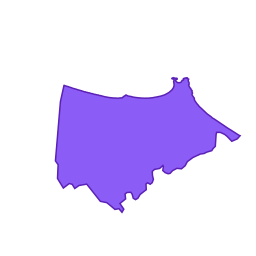 the district of La Paloma, Rocha, Uruguay, rotated 235°
{"feature_id": "84410073B66166810311387", "entity_name": "La Paloma", "entity_type": "district", "adm_level": 2, "iso_a3": "URY", "parent_name": "Uruguay", "parent_adm1": "Rocha", "projection": "robinson", "projection_center": [-54.156, -34.573], "detail": "fine", "context": "isolated", "style": "filled", "palette": "violet", "viewbox_px": 256, "rotation_deg": 235, "n_neighbors": 0, "source": "geoboundaries", "source_scale": "gbopen_adm2", "svg_char_len": 4461}
<svg xmlns="http://www.w3.org/2000/svg" viewBox="0 0 256 256"><g transform="rotate(235 128 128)"><path d="M57.4,215.4L58.5,214.7L62.7,213.0L71.2,209.4L85.9,203.8L88.0,202.8L89.4,202.6L92.2,201.6L94.3,200.9L102.6,199.2L103.7,198.9L104.3,198.8L104.8,198.7L105.3,198.6L105.8,198.7L106.3,198.7L107.1,198.5L107.7,198.5L108.4,198.4L109.2,198.4L110.3,198.4L111.1,198.4L111.9,198.4L112.7,198.6L113.4,198.7L113.9,199.1L114.4,199.4L114.7,199.4L115.1,199.4L115.7,199.4L116.2,199.4L116.7,199.4L117.3,199.4L117.8,199.4L118.5,199.6L118.9,199.8L119.3,200.1L119.3,200.4L119.4,200.7L119.6,200.9L120.1,201.0L120.3,201.0L120.6,201.0L120.9,201.1L121.2,201.3L121.3,201.6L121.5,201.8L121.8,201.9L122.1,201.9L122.3,201.9L122.7,201.7L123.0,201.7L124.1,202.0L124.4,201.9L124.6,202.0L125.0,201.8L125.4,201.9L126.0,201.9L126.5,201.9L127.0,202.0L127.5,202.1L128.1,202.2L128.3,202.5L128.6,202.6L128.6,202.9L128.9,203.3L129.4,203.5L129.7,203.7L130.1,204.0L130.5,204.1L130.9,204.2L131.4,204.2L131.9,204.3L132.2,204.5L132.5,204.7L132.8,205.0L133.0,205.4L133.2,205.7L133.7,205.4L133.9,205.3L134.3,205.4L134.6,205.3L134.8,205.1L135.0,205.3L135.3,205.2L135.6,204.6L135.4,204.5L135.3,204.2L135.5,204.0L135.8,203.9L136.1,203.6L136.2,203.4L136.3,203.2L136.3,202.9L136.3,202.6L136.5,202.2L136.7,201.9L136.7,201.7L136.4,201.4L136.2,201.3L135.9,201.3L135.7,201.3L135.6,201.2L135.6,200.9L135.6,200.7L135.7,200.2L135.9,199.9L136.0,199.7L135.8,199.3L135.5,198.7L135.2,198.1L135.2,197.3L135.4,196.5L135.9,195.7L136.3,195.2L136.7,194.8L137.2,194.5L137.9,194.3L138.5,194.2L139.1,194.2L139.4,194.2L139.7,194.4L139.8,194.4L140.0,194.6L140.0,194.8L140.1,195.1L140.0,195.5L139.9,195.7L139.8,196.1L139.8,196.3L140.0,196.5L140.4,196.6L140.6,196.6L140.9,196.3L141.3,195.8L141.5,195.4L141.7,195.2L141.9,195.0L142.2,194.8L142.4,194.6L142.6,194.5L142.5,194.4L142.5,194.2L142.8,194.0L143.0,193.9L143.2,193.7L143.3,193.5L143.3,193.4L143.4,193.2L143.5,193.1L143.5,192.9L143.5,192.7L143.5,192.4L143.4,192.3L143.1,192.3L143.0,192.5L142.7,192.6L142.4,192.8L142.4,193.0L142.2,193.3L142.0,193.5L141.9,193.6L141.5,193.5L141.1,193.3L140.7,193.1L139.9,192.0L139.6,191.9L139.4,191.8L139.2,191.7L137.4,190.8L137.2,190.7L136.4,190.1L135.7,189.3L135.1,188.5L134.6,187.5L134.3,186.5L134.1,186.2L133.9,184.9L133.8,183.8L133.6,182.2L133.7,181.4L133.7,180.8L133.9,179.2L134.1,177.1L134.7,175.2L135.1,173.8L135.6,172.5L136.7,170.0L137.0,169.2L137.7,167.8L138.8,165.3L140.4,162.5L140.9,161.6L141.5,160.7L142.1,159.9L142.5,159.3L143.1,158.4L143.9,157.4L145.1,155.8L145.3,155.6L145.5,155.4L145.8,155.1L146.4,154.2L146.9,153.7L148.6,151.8L150.4,149.9L150.7,149.7L151.0,149.4L151.7,148.9L152.0,148.6L152.8,147.8L153.1,147.5L153.6,146.9L153.8,146.8L154.2,146.4L154.5,146.2L155.5,145.7L156.2,145.3L156.2,144.8L156.1,144.5L156.2,144.2L156.1,143.7L156.3,143.4L156.2,142.8L156.4,142.2L156.2,141.8L156.1,141.7L156.1,141.3L156.1,141.1L156.0,140.8L156.2,140.3L156.6,139.6L156.8,139.4L156.9,139.2L158.4,136.5L158.9,136.0L159.2,135.5L159.9,134.8L160.0,134.5L160.3,134.2L160.5,133.7L160.9,133.4L161.2,132.9L162.1,132.0L163.5,130.3L164.1,129.8L164.7,129.0L165.0,128.8L165.2,128.6L165.6,128.4L165.7,128.0L167.9,126.1L168.6,125.5L169.0,125.2L169.5,124.7L170.0,124.4L170.7,123.6L171.0,123.3L171.5,122.9L172.2,122.5L172.8,121.7L173.2,121.4L173.6,121.0L174.2,120.6L174.7,119.9L176.5,118.6L177.3,117.7L178.7,116.7L179.7,115.6L180.3,115.2L180.7,114.9L181.1,114.5L181.5,114.0L181.9,113.8L182.3,113.6L182.5,113.1L184.2,112.0L184.6,111.6L185.2,111.2L186.3,110.3L186.8,109.9L187.7,109.2L188.0,108.8L188.4,108.6L189.3,108.0L189.9,107.4L190.8,106.8L191.1,106.5L191.4,106.3L191.9,105.7L193.1,105.0L194.2,104.2L195.1,103.5L195.6,103.1L196.1,102.8L196.7,102.3L198.0,101.2L199.0,100.5L199.2,100.4L199.4,100.3L199.6,100.0L188.4,87.8L142.7,49.7L138.0,49.7L127.1,41.3L115.9,40.6L116.2,48.0L113.9,50.0L109.0,49.7L109.0,54.9L105.7,62.0L83.8,63.3L79.0,67.8L75.3,68.9L68.8,70.6L67.1,74.3L62.4,74.7L63.9,78.0L70.8,78.1L71.3,85.4L75.6,87.7L75.8,90.1L73.8,93.4L71.3,93.4L67.4,92.0L65.0,93.1L64.8,95.8L66.6,99.8L67.0,107.6L71.8,110.6L71.9,112.6L69.2,113.9L69.3,116.4L71.3,119.3L75.2,120.9L78.5,123.0L78.9,126.0L77.3,129.5L76.7,130.7L77.3,135.1L76.2,134.9L73.2,132.1L70.2,132.8L67.5,134.6L66.7,136.5L67.5,140.1L66.9,144.9L63.9,148.4L64.3,153.2L66.4,157.3L66.6,164.2L65.2,172.3L63.5,175.6L63.0,178.8L61.4,183.6L62.4,186.1L62.9,189.0L72.2,196.5L73.6,198.1L71.5,201.1L67.3,203.5L64.2,204.4L57.6,205.4L56.4,211.3L57.4,215.4Z" fill="#8b5cf6" stroke="#5b21b6" stroke-width="1.5"/></g></svg>